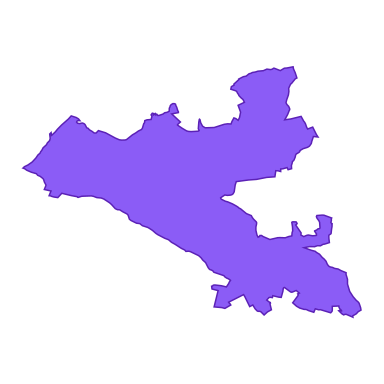 Faragau, Mures, Romania (Natural Earth projection)
{"feature_id": "2599482B54429435544126", "entity_name": "Faragau", "entity_type": "district", "adm_level": 2, "iso_a3": "ROU", "parent_name": "Romania", "parent_adm1": "Mures", "projection": "natural_earth1", "projection_center": [24.539, 46.758], "detail": "fine", "context": "isolated", "style": "filled", "palette": "violet", "viewbox_px": 384, "rotation_deg": 0, "n_neighbors": 0, "source": "geoboundaries", "source_scale": "gbopen_adm2", "svg_char_len": 6008}
<svg xmlns="http://www.w3.org/2000/svg" viewBox="0 0 384 384"><path d="M346.1,272.7L341.0,270.6L338.1,269.0L334.6,268.4L332.5,267.4L330.4,267.0L329.1,266.4L328.2,265.5L327.2,264.0L326.0,261.2L324.1,259.0L322.2,257.4L319.5,254.2L316.6,252.5L315.2,251.3L311.4,250.3L304.1,247.7L309.4,246.6L314.6,246.7L317.4,245.7L320.5,245.8L323.1,244.3L324.6,244.1L329.4,242.6L328.9,238.5L328.8,235.7L329.0,235.1L330.9,233.8L331.1,233.4L331.6,228.9L332.0,226.7L332.1,223.9L331.8,224.0L331.7,223.5L330.9,222.6L331.4,220.3L331.3,218.9L331.7,218.0L324.0,215.2L322.1,215.1L316.9,215.5L316.4,216.5L316.5,217.0L317.0,218.2L318.9,220.8L319.6,222.3L320.0,227.7L319.7,228.5L317.9,228.9L316.8,229.9L314.6,230.9L314.6,231.2L316.5,234.0L316.3,234.5L316.5,235.2L316.1,235.5L312.6,235.8L308.2,235.0L306.5,235.4L303.8,236.6L300.9,235.0L301.1,232.9L295.7,225.0L296.9,223.9L297.1,223.4L296.1,221.9L292.7,221.8L291.8,222.3L292.5,226.9L292.7,230.9L292.1,232.6L291.8,235.9L288.8,236.5L285.2,237.8L280.0,237.6L277.7,237.7L269.9,239.5L263.0,236.5L261.6,235.5L259.9,235.5L259.5,236.3L260.0,236.7L259.2,236.5L258.1,237.2L257.0,235.1L255.9,230.3L255.9,227.0L256.6,223.8L256.6,222.5L256.2,221.8L253.5,219.1L252.3,217.5L251.3,215.6L246.4,213.6L240.7,208.9L238.8,207.9L238.0,207.1L236.1,205.9L232.3,203.8L227.8,201.9L225.3,201.2L221.5,199.3L220.8,198.6L220.6,197.8L224.8,195.0L227.4,195.4L230.5,195.1L231.9,194.7L233.1,193.8L234.2,191.8L235.2,185.0L236.3,181.6L248.4,180.0L256.5,179.4L266.7,177.4L274.9,176.8L275.8,170.7L278.0,170.8L280.7,171.5L280.7,169.0L282.9,168.8L287.1,167.6L288.1,169.7L291.6,168.7L291.4,165.6L292.3,162.7L292.4,161.6L293.6,160.6L294.1,159.8L295.2,157.1L295.6,155.1L296.4,153.8L297.4,153.4L299.3,152.1L299.8,151.5L300.0,150.6L300.4,150.3L303.1,148.7L307.6,147.3L309.5,146.1L311.3,143.5L311.8,141.3L313.4,136.5L318.0,137.0L316.4,134.5L312.7,127.1L307.6,129.0L306.6,127.1L305.5,123.9L304.6,122.2L303.8,121.3L301.1,116.4L290.6,119.0L284.7,119.8L287.6,114.6L289.4,110.1L289.7,109.8L289.7,108.8L288.7,106.4L286.9,104.5L286.0,102.7L286.7,99.8L288.4,95.0L288.9,91.5L288.7,88.2L290.6,84.1L291.5,83.5L295.3,78.8L296.9,78.0L295.2,72.7L293.5,68.9L293.1,66.8L286.9,68.0L284.3,68.2L280.3,70.6L274.2,68.2L273.6,68.2L272.2,69.2L270.5,69.6L266.9,69.1L263.3,70.7L257.8,71.2L255.4,72.0L252.3,72.5L251.1,73.2L249.0,73.8L246.2,76.1L243.3,76.7L238.8,79.0L239.0,79.4L233.9,84.1L234.0,85.2L231.4,86.6L230.8,89.2L235.7,90.8L236.7,91.5L237.5,93.1L238.7,94.8L238.9,95.6L241.2,98.0L243.0,99.5L244.4,102.3L238.1,105.3L240.6,112.2L239.5,117.6L238.5,119.6L238.1,120.3L235.9,118.6L233.9,117.9L232.0,121.4L231.0,124.0L227.7,123.8L224.2,124.3L214.2,127.5L205.2,127.8L202.6,126.2L202.3,125.7L200.7,122.7L200.0,119.7L199.5,119.2L199.3,119.4L198.8,122.1L198.3,128.7L199.1,130.6L198.1,131.2L191.1,131.6L188.4,131.4L186.6,130.9L182.4,128.4L177.5,125.1L177.5,124.7L178.6,123.6L180.4,122.0L171.7,113.9L178.4,112.6L178.4,111.7L177.7,110.5L176.7,107.2L175.7,105.2L175.6,104.3L174.8,103.7L172.9,103.6L171.3,104.5L170.3,105.6L170.0,106.8L169.3,108.2L169.2,111.2L168.2,111.8L166.8,112.4L164.8,112.7L162.9,114.1L159.1,115.4L157.8,115.5L156.8,114.2L155.9,115.0L155.4,113.6L153.8,114.9L153.4,115.0L153.3,114.6L154.1,113.8L153.9,113.5L153.1,113.5L152.3,113.2L151.1,114.8L151.2,115.2L151.8,115.9L151.9,116.5L151.1,119.5L147.0,119.8L144.8,120.6L144.5,122.7L143.7,123.8L142.4,128.2L141.5,129.5L138.4,131.0L135.6,133.0L132.5,134.8L126.5,139.6L125.1,140.0L121.6,140.1L119.4,139.8L115.4,138.1L105.6,132.8L98.4,130.6L96.1,133.0L94.2,133.0L92.1,131.4L89.4,129.8L88.1,128.3L86.9,127.9L86.5,127.4L85.2,124.8L84.5,124.0L83.5,123.4L82.2,123.0L79.6,123.6L77.5,123.2L76.6,122.1L76.9,121.3L77.8,120.6L79.9,120.7L78.5,118.9L76.2,117.5L71.2,115.9L68.4,119.0L61.6,125.0L57.5,129.2L55.3,131.9L51.8,135.2L51.5,135.4L51.1,132.6L49.7,134.0L50.2,138.5L49.6,140.6L47.3,143.0L46.5,144.7L43.1,147.8L41.8,150.3L40.7,151.7L40.0,153.2L38.0,154.9L35.9,158.0L32.2,162.0L27.9,165.0L24.2,166.8L23.8,167.5L23.0,168.1L24.8,168.8L26.7,170.2L31.3,172.2L36.4,173.7L37.7,175.3L40.1,176.3L42.9,178.5L43.6,179.5L44.4,182.1L45.9,184.9L45.9,185.6L44.3,189.5L51.0,191.0L49.1,195.7L50.7,195.9L51.4,196.3L53.9,197.0L57.8,197.6L61.8,193.3L71.3,195.6L77.2,196.7L77.7,197.3L78.1,197.4L81.6,196.3L82.9,196.2L91.3,195.9L93.4,196.3L96.8,197.6L101.2,198.0L103.8,199.0L109.6,202.8L111.5,204.5L115.3,208.7L117.5,209.7L119.7,209.8L122.8,211.8L126.7,213.8L127.7,214.6L128.2,215.5L129.4,219.2L131.0,220.5L136.5,223.2L139.8,223.6L142.4,225.7L147.7,227.4L149.3,228.3L152.6,230.5L155.8,233.3L157.7,234.6L164.8,238.3L168.5,239.7L171.5,242.3L175.1,244.3L181.4,248.4L184.7,250.0L185.9,251.4L188.7,251.2L190.3,251.6L198.6,255.6L200.9,257.6L202.8,260.1L205.6,262.6L208.2,267.7L209.2,269.0L210.1,269.7L211.3,270.0L212.9,270.9L213.7,272.1L214.0,272.3L223.8,275.6L225.0,277.0L226.7,278.1L228.4,278.8L230.5,280.3L229.2,282.2L228.7,283.5L226.4,286.9L221.2,285.7L215.1,285.0L214.0,285.0L213.1,285.3L212.5,286.0L211.6,286.2L212.0,289.0L218.1,290.6L214.1,306.9L221.9,307.6L224.9,308.4L230.8,305.0L229.9,303.6L229.4,303.3L228.6,302.2L243.6,294.6L244.9,296.8L249.7,306.6L252.8,305.0L255.1,308.8L257.1,310.9L258.0,311.3L259.6,311.3L260.8,311.7L264.1,315.0L267.5,311.9L271.4,309.8L269.9,303.5L269.9,303.2L270.4,303.1L270.3,302.5L269.5,302.2L266.7,300.1L268.9,297.6L270.1,297.3L272.4,297.6L272.8,295.7L278.6,297.1L281.2,297.4L282.9,291.3L283.3,288.3L283.8,287.7L284.5,287.5L290.5,291.9L291.4,292.2L292.3,292.1L296.2,290.5L299.3,293.1L297.7,293.9L298.2,294.6L298.0,295.6L292.7,302.8L296.5,306.2L299.8,308.1L304.1,309.4L305.5,309.4L306.8,309.7L308.3,310.5L313.8,312.3L315.3,308.8L318.6,309.8L320.5,309.7L330.7,312.8L332.0,311.4L332.3,310.3L332.3,306.3L338.8,306.0L339.0,307.3L339.8,308.9L340.8,309.7L341.6,310.9L341.4,311.0L340.4,310.4L339.7,310.4L338.7,310.7L342.0,313.9L343.7,314.9L345.1,314.3L346.4,314.4L352.9,317.2L352.7,316.2L352.8,315.8L356.3,313.8L358.2,311.7L361.0,310.1L360.6,307.6L359.1,303.2L358.3,302.1L356.2,300.3L353.1,296.7L349.7,291.4L347.5,284.1L347.5,279.3L346.0,274.3L346.1,272.7Z" fill="#8b5cf6" stroke="#5b21b6" stroke-width="1.5"/></svg>